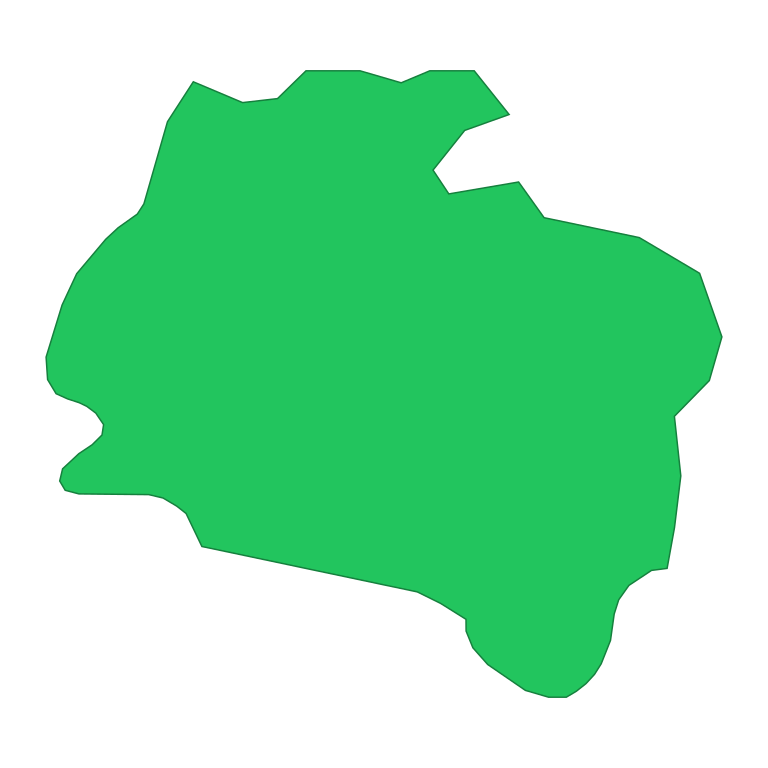 the County of South Dublin
{"feature_id": "IRL-5573", "entity_name": "South Dublin", "entity_type": "County", "adm_level": 1, "iso_a3": "IRL", "parent_name": "Ireland", "parent_adm1": "", "projection": "equal_earth", "projection_center": [-6.409, 53.275], "detail": "fine", "context": "isolated", "style": "filled", "palette": "green", "viewbox_px": 768, "rotation_deg": 0, "n_neighbors": 0, "source": "natural_earth", "source_scale": "10m", "svg_char_len": 926}
<svg xmlns="http://www.w3.org/2000/svg" viewBox="0 0 768 768"><path d="M201.9,546.5L186.1,513.5L176.7,506.1L163.0,498.0L148.7,494.6L78.9,493.9L65.2,490.3L59.7,481.0L62.6,468.8L78.8,453.7L92.1,444.8L102.0,435.0L103.6,424.6L95.8,413.1L86.7,406.3L79.2,402.7L67.6,398.9L56.1,393.7L47.6,379.6L46.1,357.1L62.1,305.0L76.7,273.7L105.7,239.3L118.2,227.7L137.3,214.1L143.9,203.9L167.5,121.7L193.3,81.8L242.6,102.6L277.5,98.6L306.0,70.8L360.0,70.8L401.2,82.8L429.8,70.8L474.2,70.8L509.1,114.5L464.7,130.4L433.0,170.1L448.8,193.9L518.6,182.0L544.1,217.7L639.3,237.6L699.6,273.3L721.9,336.9L709.3,380.6L674.4,416.3L680.8,475.9L674.5,527.6L667.1,568.4L651.5,570.4L628.9,585.4L618.7,599.8L614.2,614.0L610.5,640.4L601.2,663.8L594.5,674.4L586.0,683.6L576.4,691.2L566.3,697.2L548.6,697.2L525.4,690.4L487.7,664.5L472.9,647.8L466.1,631.1L466.0,619.3L440.6,603.4L417.3,591.9L201.9,546.5Z" fill="#22c55e" stroke="#15803d" stroke-width="1.5"/></svg>